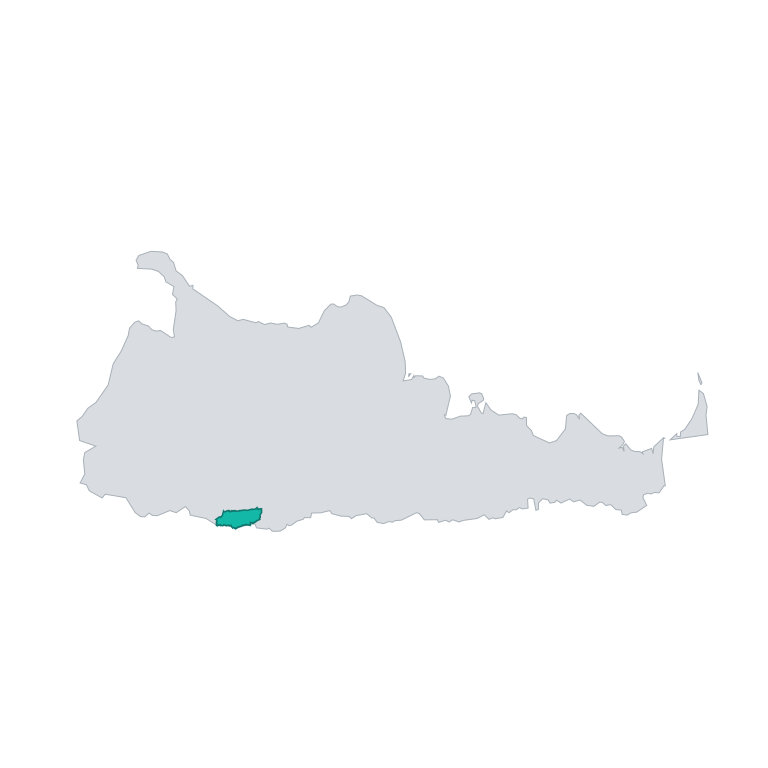 Iglesia, San Juan, Argentina shown in context, rotated 261°
{"feature_id": "61730980B72303812021480", "entity_name": "Iglesia", "entity_type": "district", "adm_level": 2, "iso_a3": "ARG", "parent_name": "Argentina", "parent_adm1": "San Juan", "projection": "albers", "projection_center": [-69.7, -29.592], "detail": "fine", "context": "in_parent", "style": "filled", "palette": "teal", "viewbox_px": 768, "rotation_deg": 261, "n_neighbors": 0, "source": "geoboundaries", "source_scale": "gbopen_adm2", "svg_char_len": 8514}
<svg xmlns="http://www.w3.org/2000/svg" viewBox="0 0 768 768"><g transform="rotate(261 384 384)"><path d="M474.6,242.3L469.3,249.7L469.9,255.0L464.5,267.0L465.4,269.6L461.4,275.2L462.0,281.6L459.7,287.6L459.7,295.4L458.2,297.6L455.3,297.9L452.2,308.5L453.7,319.1L451.4,320.9L454.6,328.8L465.7,336.5L471.1,343.8L471.0,346.6L467.4,350.5L466.7,353.9L467.9,358.8L470.6,362.1L476.1,364.5L476.1,371.3L474.7,375.5L462.6,389.6L459.5,395.9L449.0,401.6L422.8,407.0L402.7,408.4L391.4,407.0L384.0,403.4L384.1,412.0L387.7,414.8L385.7,414.8L387.2,416.4L385.9,423.4L383.4,424.6L381.3,430.3L381.1,435.3L383.1,439.6L380.6,443.6L371.8,447.3L361.7,447.7L343.4,440.2L344.2,439.1L343.2,438.7L340.1,439.9L338.6,445.6L340.3,454.5L339.4,462.2L340.4,464.7L347.0,467.9L346.3,471.0L348.6,471.4L353.4,470.9L354.1,468.5L351.6,467.4L358.2,465.8L360.5,469.1L360.3,477.0L359.0,479.0L353.9,480.2L352.5,479.7L349.9,474.1L347.5,472.9L340.2,475.5L339.3,477.2L349.6,481.7L341.7,485.5L335.3,492.5L334.6,505.9L333.1,509.6L328.8,512.9L328.0,515.4L329.4,516.9L328.7,519.4L320.7,518.3L314.9,522.3L309.7,523.5L299.9,538.2L301.1,545.5L311.3,556.2L324.3,559.4L325.8,562.9L325.1,567.0L323.5,569.4L318.6,571.6L322.7,571.7L324.4,573.8L300.8,591.7L297.7,597.1L296.1,608.2L294.3,610.4L289.6,612.5L286.5,610.2L284.0,606.1L284.1,609.4L279.7,610.6L284.9,610.7L287.3,613.4L280.2,617.4L278.2,621.0L277.2,626.1L274.5,629.0L276.6,628.4L278.5,638.3L273.0,638.9L279.7,640.6L287.3,651.8L286.6,652.7L286.4,651.5L266.4,646.4L239.4,645.9L239.6,644.5L233.4,638.6L234.7,634.2L233.6,630.6L234.9,627.3L234.0,623.2L231.6,621.9L223.0,624.5L217.9,613.6L218.1,607.6L216.5,603.8L217.9,598.9L222.4,598.5L223.7,593.3L229.4,589.1L229.3,584.1L232.8,581.2L233.6,578.6L230.3,572.2L232.6,565.1L238.7,559.6L238.0,552.7L241.4,549.3L238.7,540.2L242.2,536.3L240.4,534.2L240.4,529.3L243.8,528.0L245.9,522.7L242.4,518.0L235.9,516.8L235.5,514.3L247.2,513.9L248.6,510.1L247.8,507.8L238.9,506.9L238.9,501.6L240.8,498.3L239.1,495.0L239.7,491.9L237.3,487.3L239.5,485.2L233.6,480.6L233.5,472.7L234.8,470.7L233.9,466.5L239.2,462.5L236.6,455.0L236.9,440.4L235.9,436.6L239.2,430.6L237.5,426.7L239.8,423.6L238.8,416.2L241.6,415.5L243.5,402.6L250.4,398.7L251.8,396.1L246.8,379.8L247.3,373.7L246.2,370.9L247.4,367.2L246.2,362.0L248.3,355.7L253.2,353.1L253.6,351.0L258.6,346.6L258.4,336.1L256.1,330.7L258.7,328.8L260.3,320.7L264.1,312.2L267.4,310.7L266.7,301.1L267.9,292.3L263.5,290.7L264.5,284.5L263.0,283.0L262.1,276.4L259.1,270.6L258.9,268.0L260.6,266.3L257.3,264.1L255.0,258.7L255.5,253.8L256.1,250.5L259.6,248.0L258.9,245.6L261.9,235.5L265.5,234.9L267.4,231.3L265.4,229.4L266.0,223.4L264.3,214.6L267.7,210.3L270.6,196.8L279.0,187.2L284.8,172.1L289.2,171.9L294.0,168.6L289.4,158.7L292.5,152.6L289.4,139.4L290.5,134.6L293.3,131.8L290.2,126.8L291.2,122.7L295.9,118.1L312.0,111.4L318.8,91.4L315.5,87.8L324.6,76.2L331.0,74.4L333.8,68.4L341.9,74.4L356.1,75.2L363.1,77.8L367.7,89.7L375.8,74.5L395.6,74.9L399.2,80.9L406.3,87.6L410.9,96.7L426.2,111.4L446.1,119.6L457.9,129.8L471.8,138.9L478.9,141.4L483.9,147.4L484.8,151.5L481.2,154.4L478.2,160.2L474.0,163.2L472.0,166.9L471.7,171.8L463.3,180.9L463.2,184.4L470.8,184.4L488.8,190.1L497.6,191.1L500.3,193.1L505.5,189.1L513.1,191.8L519.0,184.6L524.3,183.7L530.4,178.9L533.8,172.6L536.8,158.5L539.7,159.8L545.0,158.5L549.3,162.0L551.5,174.6L549.0,186.0L546.3,190.3L540.4,192.2L537.1,195.1L528.1,196.4L522.6,201.9L511.0,207.2L511.3,210.7L507.8,210.1L487.2,231.9L474.6,242.3ZM283.4,696.0L284.1,657.9L289.2,665.4L286.6,665.0L285.8,668.5L290.2,669.4L292.1,673.9L301.3,682.5L314.9,691.2L328.6,694.1L324.6,698.0L311.1,699.6L303.2,697.2L283.4,696.0ZM333.9,696.9L338.1,695.6L346.2,695.7L335.4,698.3L333.9,696.9ZM390.2,410.3L389.9,412.1L387.4,409.2L390.2,410.3Z" fill="#d9dde1" stroke="#a8b0b8" stroke-width="1"/><path d="M282.8,207.7L282.6,207.4L282.5,207.1L282.8,206.7L283.0,206.5L283.0,206.3L283.2,206.0L283.2,205.7L283.5,205.6L279.1,203.6L279.0,203.4L279.0,203.1L278.8,202.9L278.6,202.8L278.5,202.6L278.4,202.3L278.4,202.2L278.3,201.8L278.3,201.7L278.2,201.7L278.3,201.6L278.2,201.4L278.2,201.1L278.2,200.6L278.4,200.4L276.5,196.7L276.3,197.0L276.2,197.1L275.9,197.3L275.7,197.3L275.4,197.5L274.9,197.4L274.6,197.5L274.4,197.4L274.2,197.2L274.0,196.9L273.8,196.8L273.6,196.8L273.3,196.8L273.2,196.9L273.1,197.1L272.9,197.1L272.7,196.8L272.4,196.6L272.1,196.6L271.7,196.8L271.0,196.3L270.9,196.3L270.7,196.4L270.8,196.6L270.6,196.7L270.7,196.8L271.0,197.1L270.9,197.1L270.9,197.3L270.5,197.4L270.3,197.7L270.3,197.9L270.2,197.9L270.3,198.0L270.5,198.1L270.4,198.4L270.6,198.5L270.5,198.8L270.7,199.1L270.6,199.3L270.5,199.2L270.5,199.4L270.5,199.5L270.4,199.5L270.4,199.9L270.5,200.1L270.4,200.1L270.2,200.2L269.9,200.3L270.1,200.5L269.9,200.6L269.8,200.8L269.9,201.0L269.5,201.6L269.3,202.1L269.3,202.4L269.3,202.5L269.3,202.8L269.4,203.1L269.8,203.4L270.0,203.8L269.9,203.9L269.7,204.0L269.7,204.3L269.8,204.4L269.7,204.5L269.6,204.8L269.5,205.0L269.4,205.2L269.1,205.3L269.2,205.6L269.1,205.9L269.0,206.0L268.9,206.1L268.7,206.3L268.8,206.4L268.7,206.5L268.9,207.0L268.9,207.3L268.8,207.6L268.9,208.0L268.7,208.1L268.6,208.3L268.5,208.5L268.4,208.6L268.5,208.7L268.3,208.8L268.4,209.0L268.2,209.3L268.3,209.5L268.2,209.6L268.3,209.7L268.2,209.9L268.3,210.0L268.4,210.3L268.3,210.5L268.3,210.9L267.5,210.8L267.4,210.9L267.1,210.9L267.0,211.0L266.8,211.0L266.7,211.1L266.6,211.3L266.4,211.4L266.3,211.6L266.1,211.8L265.5,212.0L265.7,212.3L265.5,212.5L265.6,212.8L265.8,213.0L265.5,213.5L265.3,213.6L265.2,213.7L264.8,213.9L264.7,214.0L264.8,214.3L264.7,214.3L264.5,214.5L264.4,214.6L264.5,214.9L264.5,215.0L264.4,215.0L264.5,215.2L264.4,215.2L264.4,215.3L264.5,215.5L264.4,215.8L264.5,215.9L264.6,216.0L264.9,216.2L265.1,216.2L265.3,216.4L265.3,216.6L265.2,216.8L265.2,217.0L265.5,217.4L265.4,217.5L265.6,217.9L265.5,218.1L265.6,218.5L265.5,218.8L265.6,219.0L265.8,219.2L265.8,219.4L265.9,219.8L265.8,220.0L265.7,220.3L265.8,220.5L265.7,220.9L265.8,221.1L265.9,221.3L266.0,221.5L266.3,221.8L266.3,222.0L266.5,221.9L266.6,222.0L266.8,222.2L266.7,222.4L266.8,222.5L266.7,222.7L266.6,223.0L266.6,223.3L266.4,223.6L266.2,223.8L266.2,224.1L266.5,224.2L266.5,224.3L266.5,224.5L266.4,224.8L266.5,224.9L266.6,225.0L266.9,225.2L266.7,225.4L266.5,225.5L266.5,225.8L266.6,226.0L266.4,226.3L266.3,226.5L266.5,226.7L266.4,226.9L266.5,227.1L266.3,227.3L266.1,227.6L266.1,227.8L266.0,228.0L266.2,228.4L266.1,228.5L265.9,228.8L265.7,229.0L265.4,229.3L265.5,229.4L265.5,229.5L265.4,229.6L265.6,229.7L265.8,230.0L265.7,230.1L265.8,230.3L266.0,230.3L266.2,230.1L266.5,230.0L267.0,230.1L267.2,230.3L267.3,230.4L267.6,230.4L267.9,230.4L267.8,230.5L268.0,230.7L268.0,230.9L267.8,231.0L267.7,231.1L267.8,231.3L267.8,231.5L267.7,231.7L267.6,232.2L267.2,232.2L266.7,232.2L266.7,232.4L266.7,232.5L266.7,232.8L266.8,233.0L266.7,233.2L266.9,233.4L267.3,233.5L267.6,233.6L267.8,234.2L267.8,234.7L267.7,234.7L267.8,235.0L267.7,235.1L267.9,235.6L267.9,235.8L268.2,236.0L268.5,236.1L268.5,236.4L268.8,236.7L268.8,237.0L269.0,237.1L268.9,237.6L268.9,237.9L269.0,238.1L269.1,238.3L269.3,238.4L269.7,238.4L269.4,238.5L269.4,238.8L269.5,239.2L269.4,239.4L269.4,239.5L269.5,239.7L269.8,239.8L269.8,240.0L270.3,239.7L270.4,239.8L270.7,239.9L270.9,240.1L271.0,240.2L271.0,240.4L271.3,240.6L271.5,240.9L272.7,241.1L273.6,240.8L274.3,241.3L276.2,243.0L277.6,243.0L278.0,243.4L279.2,243.2L279.9,243.5L280.2,242.2L279.6,240.7L279.7,240.2L280.7,240.1L280.6,239.3L281.8,239.2L280.7,237.6L280.6,237.1L280.7,236.3L280.6,235.7L280.8,235.1L280.9,234.7L280.6,234.4L281.1,233.7L281.0,233.4L281.0,232.8L280.5,229.3L280.6,228.9L281.2,227.6L281.2,227.3L281.1,226.9L281.2,226.5L281.4,226.0L281.5,225.6L281.3,225.4L281.4,224.9L281.3,224.7L281.4,224.3L281.4,224.0L281.4,223.7L281.2,223.3L281.4,223.1L281.5,222.8L281.4,222.5L281.5,222.0L281.5,221.9L281.4,221.9L281.3,221.6L281.6,221.3L281.5,221.1L281.4,220.8L281.5,220.5L281.4,220.2L281.3,219.8L281.2,219.3L281.3,218.9L281.2,218.8L281.3,218.6L281.6,218.1L281.7,217.9L281.8,217.6L282.0,217.7L282.1,217.4L282.3,217.0L282.2,216.9L282.2,216.6L281.9,216.5L281.8,216.1L282.0,215.7L282.3,215.5L282.2,215.3L282.1,215.1L282.1,214.8L282.1,214.7L282.3,214.5L282.5,214.6L282.5,214.4L282.5,214.0L282.6,213.9L282.4,213.8L282.2,213.8L282.0,213.7L282.0,213.3L282.2,212.8L282.0,212.6L281.9,212.3L281.9,212.2L282.0,211.7L282.3,211.2L282.5,211.2L282.6,211.5L282.8,211.6L283.0,211.6L283.0,211.2L283.3,211.0L283.4,210.8L283.4,210.5L283.2,210.4L283.1,210.1L283.3,209.7L283.4,209.2L283.3,208.9L283.1,208.8L283.0,208.7L283.0,208.0L282.8,207.7Z" fill="#14b8a6" stroke="#0f766e" stroke-width="1.5"/></g></svg>